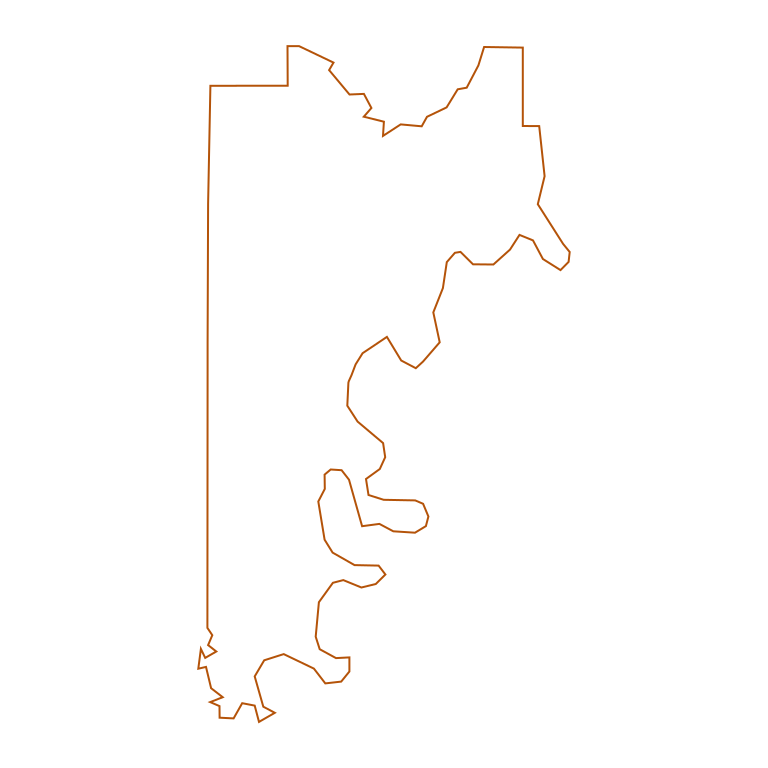 the district of Catahoula, Louisiana, United States of America
{"feature_id": "52423323B45931526647810", "entity_name": "Catahoula", "entity_type": "district", "adm_level": 2, "iso_a3": "USA", "parent_name": "United States of America", "parent_adm1": "Louisiana", "projection": "albers", "projection_center": [-91.808, 31.597], "detail": "fine", "context": "isolated", "style": "outline", "palette": "amber", "viewbox_px": 768, "rotation_deg": 0, "n_neighbors": 0, "source": "geoboundaries", "source_scale": "gbopen_adm2", "svg_char_len": 1505}
<svg xmlns="http://www.w3.org/2000/svg" viewBox="0 0 768 768"><path d="M210.4,85.8L208.1,203.9L207.6,342.2L207.6,366.9L207.4,627.9L212.3,635.2L208.1,645.1L216.3,651.5L205.2,657.9L200.9,648.9L198.3,668.7L206.0,666.9L211.1,688.2L222.7,697.2L210.2,702.1L219.5,706.1L219.6,717.7L233.6,718.4L242.2,703.2L254.7,705.6L259.0,721.9L274.8,712.8L263.3,706.7L254.7,676.4L264.2,660.3L283.7,654.1L313.9,668.6L325.3,683.4L341.2,681.6L349.4,671.5L349.4,657.4L336.0,658.1L319.7,649.2L315.7,636.7L318.9,602.2L332.9,582.8L343.3,580.1L361.4,587.5L375.8,584.0L385.4,574.5L378.6,565.6L354.5,565.1L332.6,552.6L324.6,539.7L318.3,501.5L324.8,488.9L324.6,474.6L330.7,469.5L341.6,470.2L349.0,479.7L362.1,526.2L379.4,523.9L393.3,531.3L415.0,532.7L425.9,526.1L428.4,516.5L423.1,503.8L415.2,500.4L383.7,499.8L368.5,495.0L366.0,479.0L379.8,469.0L385.2,457.2L383.1,443.1L357.6,421.6L347.3,405.7L348.4,382.7L348.8,381.2L351.5,375.2L355.6,364.4L362.6,353.2L386.9,336.9L401.2,360.5L415.8,368.2L423.0,361.6L439.7,342.3L433.3,312.4L442.9,288.1L446.8,262.1L454.9,252.8L460.5,251.9L473.0,264.3L493.4,264.5L510.0,249.6L519.5,234.9L533.0,240.4L542.9,259.0L560.5,270.1L568.6,261.9L569.7,252.0L563.1,243.9L537.8,204.2L544.6,176.2L539.2,126.1L522.8,126.0L522.8,47.6L484.1,47.0L478.4,65.4L466.7,87.7L457.7,89.3L446.6,107.4L427.0,116.8L421.7,126.3L400.7,124.4L383.0,135.9L383.9,121.7L363.8,116.7L371.4,108.0L363.9,93.9L349.5,94.5L329.1,70.1L333.5,62.6L299.0,46.1L287.5,46.1L287.7,85.7L210.4,85.8Z" fill="none" stroke="#b45309" stroke-width="2"/></svg>